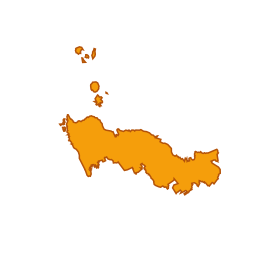 outline of Lampung Selatan, Lampung, Indonesia, rotated 145°
{"feature_id": "22746128B4401734887211", "entity_name": "Lampung Selatan", "entity_type": "district", "adm_level": 2, "iso_a3": "IDN", "parent_name": "Indonesia", "parent_adm1": "Lampung", "projection": "robinson", "projection_center": [105.521, -5.67], "detail": "fine", "context": "isolated", "style": "filled", "palette": "amber", "viewbox_px": 256, "rotation_deg": 145, "n_neighbors": 0, "source": "geoboundaries", "source_scale": "gbopen_adm2", "svg_char_len": 5937}
<svg xmlns="http://www.w3.org/2000/svg" viewBox="0 0 256 256"><g transform="rotate(145 128 128)"><path d="M107.6,99.8L110.4,103.4L111.2,105.2L111.3,107.4L112.6,108.9L113.2,111.7L114.9,114.4L117.1,116.4L118.4,119.3L119.8,119.6L122.9,121.9L124.2,121.7L124.4,122.8L126.0,124.1L128.2,123.8L128.3,125.6L128.9,125.9L129.4,125.5L131.0,127.5L133.7,127.8L136.1,130.7L136.2,132.5L136.8,132.4L137.1,133.1L137.9,133.0L138.4,132.4L139.2,128.3L140.5,127.6L141.0,129.1L141.6,129.3L142.6,127.7L143.5,128.1L142.4,133.6L143.2,134.0L143.6,135.2L147.3,138.9L148.3,140.8L147.7,144.3L146.7,146.5L147.0,148.4L146.5,150.6L147.5,152.0L147.5,154.0L149.1,155.4L149.2,156.6L150.6,158.0L150.8,158.8L152.5,159.6L154.5,159.5L154.7,160.1L156.0,160.4L157.2,159.8L158.5,160.1L159.5,159.6L160.8,160.3L162.8,160.2L163.6,161.6L164.7,162.3L165.8,161.9L167.7,162.1L169.4,164.1L169.0,165.3L169.3,167.7L169.9,168.1L169.9,169.5L169.4,173.1L169.9,173.5L170.5,172.6L171.1,172.7L171.6,172.2L173.1,168.4L176.1,166.4L176.6,165.7L176.7,164.5L177.2,164.2L177.0,163.8L177.9,163.2L177.8,162.7L179.0,161.1L178.9,160.5L179.6,160.5L180.3,159.7L179.9,158.0L180.2,157.1L180.9,157.1L180.2,156.7L181.0,156.3L181.2,155.2L180.7,155.0L180.8,154.5L182.0,154.4L181.9,153.4L182.5,152.2L183.6,152.0L183.6,151.4L183.0,151.5L182.7,150.7L182.6,148.8L183.0,147.5L183.5,147.5L183.0,146.9L183.4,146.9L183.1,146.0L183.7,143.6L183.6,142.2L182.6,140.3L182.4,136.9L183.4,133.7L185.3,131.0L187.0,119.0L187.3,118.6L187.1,118.2L188.6,112.8L188.3,111.1L187.0,110.7L186.5,110.1L184.6,111.4L183.3,113.8L183.5,115.4L182.5,114.6L182.0,114.7L182.6,117.2L182.2,117.4L181.2,116.4L181.2,117.7L180.3,117.8L179.4,118.7L178.9,118.5L179.6,117.7L179.5,117.1L178.1,118.3L177.0,117.6L177.8,115.9L177.7,115.3L176.6,116.3L176.0,116.3L176.5,115.1L176.6,113.2L176.0,113.2L176.0,114.5L175.6,114.6L175.5,113.0L175.1,112.4L174.7,112.7L174.8,113.8L173.8,115.0L173.4,114.9L173.7,113.9L172.6,114.8L172.6,117.2L172.0,117.0L171.4,117.6L171.0,117.0L170.7,117.6L167.6,116.4L168.0,114.8L167.4,114.4L165.1,114.1L164.5,117.0L163.7,117.2L163.2,116.5L162.1,116.5L162.2,114.3L160.9,112.3L159.7,111.7L159.1,109.7L160.0,107.7L158.5,107.0L157.4,106.0L156.3,105.6L155.6,105.8L155.3,95.3L152.4,94.1L147.1,93.2L147.2,91.8L147.5,91.8L148.5,87.5L147.6,86.9L148.1,86.3L147.8,85.7L146.4,86.5L144.9,85.9L140.2,86.4L140.4,87.6L139.7,86.8L138.6,88.4L138.5,90.9L136.8,90.9L136.8,89.5L136.1,88.5L135.8,86.7L137.9,86.1L138.1,85.0L137.6,84.8L138.0,84.0L137.6,83.6L138.4,81.5L138.7,81.5L138.6,79.9L137.8,79.3L137.6,78.6L138.0,78.0L137.3,77.8L137.5,74.3L137.9,73.7L137.3,71.8L137.4,69.4L137.8,69.2L138.9,66.8L138.4,65.2L136.6,62.3L135.3,60.8L132.9,60.6L132.3,59.6L132.3,58.7L130.7,57.9L130.7,55.4L129.6,55.4L128.5,56.8L128.6,57.3L127.7,57.5L127.5,58.9L120.2,58.9L119.3,60.0L118.9,53.8L123.1,55.0L125.8,53.4L126.2,46.7L124.7,47.2L123.6,46.9L121.2,47.2L120.7,47.0L120.7,45.2L122.2,44.5L118.4,43.8L117.0,43.9L116.3,43.4L116.2,41.9L119.7,42.0L119.8,40.7L117.2,40.7L117.0,41.0L115.9,40.5L115.2,40.9L114.5,40.7L113.9,41.3L111.1,41.0L111.4,41.9L109.9,42.2L109.2,43.8L107.5,44.5L107.9,45.2L107.5,46.1L105.0,45.1L103.8,42.3L104.4,41.2L104.0,39.9L100.9,41.6L101.0,42.5L99.8,44.0L99.1,43.1L98.9,42.0L97.7,41.6L97.5,40.3L96.3,40.0L96.7,39.1L96.2,39.0L95.9,38.2L95.7,34.9L94.9,34.6L94.7,33.8L90.3,35.1L89.9,34.7L89.6,32.9L84.5,34.6L83.2,34.7L82.8,36.2L81.0,37.0L80.4,38.0L78.4,38.0L76.3,41.2L76.3,44.0L79.2,50.9L79.2,51.8L78.7,52.1L78.9,53.1L76.0,52.5L74.9,51.7L75.0,50.6L73.9,49.2L73.9,49.6L73.0,49.6L70.1,55.4L69.1,55.4L68.4,55.8L68.6,56.0L67.4,58.3L67.5,59.6L76.8,61.6L77.8,62.4L79.1,62.8L79.5,63.8L80.9,64.0L81.7,64.9L82.1,66.9L83.1,66.6L83.9,67.6L85.0,67.9L86.1,70.0L86.9,70.0L87.2,69.3L88.2,68.8L89.1,67.5L89.0,66.8L89.8,66.5L90.0,65.6L91.8,64.2L93.3,64.6L94.0,66.7L93.6,67.7L94.1,68.0L95.4,68.1L96.2,67.1L96.4,65.9L97.3,66.0L97.8,66.8L98.7,66.7L97.4,69.2L98.2,68.7L98.4,70.4L100.6,68.6L100.5,69.1L101.0,69.2L101.0,71.7L102.3,71.9L102.3,74.2L103.3,74.4L103.3,75.8L103.9,76.0L103.8,77.9L105.6,77.9L106.7,80.3L106.2,83.4L104.2,86.4L104.9,91.7L106.5,94.4L108.1,95.4L109.6,98.4L107.6,99.8ZM134.4,176.3L132.4,175.9L129.5,176.9L129.0,177.8L127.8,178.8L127.0,182.3L127.8,184.1L130.8,185.8L131.8,185.2L133.5,185.0L134.4,184.0L136.0,181.0L136.0,179.6L135.7,179.5L135.8,180.4L135.2,178.9L135.3,177.5L134.4,176.3ZM137.9,162.2L137.3,161.8L137.2,163.6L136.6,163.9L136.4,164.6L135.7,164.5L135.1,163.5L134.2,163.7L133.6,164.7L134.0,167.1L131.9,167.6L132.1,168.9L133.7,169.7L133.7,171.8L134.0,172.5L138.2,170.8L138.5,168.7L139.1,167.5L138.7,167.0L140.7,165.6L140.4,164.7L138.2,164.5L138.3,163.6L139.0,163.1L139.1,162.3L138.8,161.7L137.9,162.2ZM124.7,217.0L124.0,216.3L122.9,218.1L121.4,218.8L120.4,218.7L119.9,218.0L119.7,220.6L121.2,222.3L124.7,223.1L125.4,222.9L125.6,222.2L126.5,221.7L127.3,219.4L126.7,218.7L126.2,216.9L124.7,217.0ZM110.2,212.5L111.5,211.4L113.4,210.5L114.1,209.4L115.9,208.3L117.1,204.9L113.9,205.9L112.5,207.2L111.1,209.8L109.4,211.4L110.2,212.5ZM120.6,212.2L121.3,211.2L122.4,210.6L121.5,209.1L120.6,208.9L120.2,208.1L119.4,208.7L119.1,210.2L119.7,211.7L120.6,212.2ZM181.4,162.5L181.5,161.8L181.2,161.7L179.4,163.7L179.2,164.6L179.8,165.4L180.7,165.3L181.3,166.0L181.5,165.7L181.2,165.2L182.0,164.2L182.4,162.2L181.9,161.9L181.4,162.5ZM125.1,206.2L125.4,209.4L125.0,211.3L125.6,211.8L127.5,207.7L125.1,206.2ZM178.3,168.8L177.7,168.0L177.4,168.5L176.4,168.8L175.6,171.2L174.8,171.7L175.1,172.2L176.4,171.8L177.4,169.9L178.2,169.7L178.3,168.8ZM181.7,168.8L180.1,168.8L179.6,169.1L181.7,170.3L181.7,168.8ZM125.6,169.8L126.0,169.0L125.2,168.0L125.1,169.1L125.6,169.8ZM178.9,168.7L179.1,167.9L178.4,167.7L178.4,168.6L178.9,168.7ZM140.4,169.0L140.1,168.2L139.8,167.9L139.8,168.7L140.4,169.0ZM173.5,170.2L173.6,169.7L173.2,169.3L173.1,169.7L173.5,170.2ZM109.9,104.5L109.4,104.2L109.1,104.3L109.9,104.5ZM110.1,105.0L110.4,104.7L109.8,104.8L110.1,105.0ZM109.0,104.5L108.6,104.5L108.4,104.6L108.7,104.8L109.0,104.5Z" fill="#f59e0b" stroke="#b45309" stroke-width="1.5"/></g></svg>